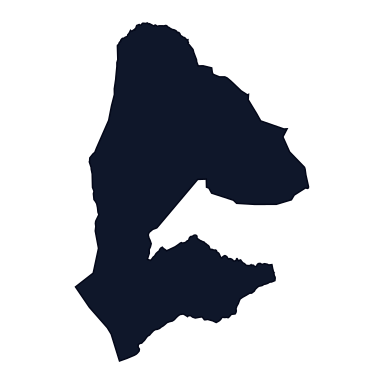 the district of Santiago Laxopa, Oaxaca, Mexico
{"feature_id": "50627088B77723343468711", "entity_name": "Santiago Laxopa", "entity_type": "district", "adm_level": 2, "iso_a3": "MEX", "parent_name": "Mexico", "parent_adm1": "Oaxaca", "projection": "natural_earth1", "projection_center": [-96.318, 17.198], "detail": "fine", "context": "isolated", "style": "filled", "palette": "ink", "viewbox_px": 384, "rotation_deg": 0, "n_neighbors": 0, "source": "geoboundaries", "source_scale": "gbopen_adm2", "svg_char_len": 5352}
<svg xmlns="http://www.w3.org/2000/svg" viewBox="0 0 384 384"><path d="M308.4,187.9L308.5,186.6L305.9,175.0L305.3,170.7L305.1,169.2L304.5,167.3L289.6,151.9L282.9,136.9L287.1,128.8L283.9,129.0L260.7,120.9L256.6,113.6L248.1,99.6L248.3,98.2L248.3,97.8L248.5,94.4L247.4,94.9L241.2,90.9L231.0,81.2L227.2,78.0L224.9,76.9L219.5,76.9L213.1,74.3L212.3,72.4L211.7,67.9L203.1,65.8L198.2,65.9L196.7,61.8L196.5,59.7L193.8,52.6L193.0,49.5L189.4,45.0L188.7,44.2L188.1,43.8L187.9,43.1L188.4,42.6L187.8,41.1L187.9,40.1L187.6,40.3L187.1,39.6L185.8,39.1L185.2,38.1L184.3,37.5L183.0,37.2L182.4,36.6L180.6,35.5L179.7,33.4L178.7,32.4L177.4,32.6L176.8,31.5L175.8,30.6L174.3,29.9L174.0,29.8L171.8,29.3L170.6,28.5L170.3,28.6L169.1,27.5L168.4,27.4L167.6,26.6L167.0,26.0L166.6,25.7L166.0,25.5L165.6,25.5L165.1,25.6L163.8,25.9L163.1,25.9L162.5,25.8L160.9,25.8L159.3,25.8L158.7,25.9L157.8,26.3L157.4,26.3L155.4,25.0L155.0,25.0L154.4,25.9L153.5,25.8L149.5,23.7L148.8,24.0L147.9,23.5L147.6,23.0L146.3,23.2L145.8,23.5L143.4,23.2L142.9,23.4L142.5,23.3L141.7,24.2L141.4,24.8L141.1,25.1L140.8,25.1L140.0,25.3L139.8,24.8L139.2,24.5L136.7,25.5L136.3,26.6L136.1,27.2L135.9,28.0L134.7,29.2L134.7,30.0L133.6,29.9L132.2,31.1L131.5,31.0L130.8,30.7L130.5,30.4L129.5,32.5L128.6,33.9L127.8,34.7L127.6,35.8L127.3,36.4L126.6,36.7L125.1,37.3L124.1,38.2L122.7,38.3L122.1,38.6L120.7,40.3L120.7,41.2L119.7,42.1L119.1,43.0L118.8,44.1L118.1,44.9L117.5,45.3L117.4,46.0L117.8,59.7L116.9,62.6L116.9,66.4L116.0,75.7L115.7,79.4L114.3,88.8L114.4,94.5L111.5,105.9L108.7,120.3L96.5,148.1L94.8,152.4L93.0,153.9L89.8,157.9L89.6,161.2L89.3,161.8L91.2,167.6L91.2,169.0L92.2,174.0L92.5,187.4L94.0,191.2L93.4,193.7L94.0,199.6L95.4,201.4L96.7,203.7L97.5,207.6L98.0,212.3L98.9,214.6L95.7,221.2L95.4,223.5L95.8,226.4L95.3,230.7L95.3,230.9L95.3,231.1L98.5,248.3L93.2,273.1L75.5,286.9L89.4,307.3L107.3,327.7L111.2,334.1L119.5,361.0L126.8,358.4L134.6,355.1L136.3,354.1L137.5,353.0L139.1,351.1L139.4,349.1L138.1,347.0L138.3,344.5L140.1,343.4L141.7,343.1L143.2,341.5L144.4,340.4L146.3,337.7L147.5,336.2L149.6,335.0L151.1,333.2L153.5,330.7L155.3,329.6L157.4,329.3L159.6,328.4L160.8,327.4L161.4,326.9L161.8,326.7L163.3,325.8L165.0,324.4L167.0,322.6L169.4,321.7L172.4,321.0L174.3,319.7L176.5,317.3L178.5,315.5L180.1,314.5L181.6,314.3L183.2,314.0L185.1,315.0L187.6,316.6L188.3,315.7L190.6,315.6L192.6,317.1L195.3,318.0L199.6,317.2L201.9,316.9L202.6,317.4L204.4,319.8L205.4,319.8L207.7,319.4L211.1,320.4L212.7,320.8L216.2,322.5L217.7,321.7L219.5,320.6L220.7,319.4L221.6,317.9L222.5,317.3L224.8,317.5L226.8,317.3L228.1,317.7L229.4,316.7L230.6,315.1L231.6,314.3L233.6,314.1L235.1,313.9L235.9,312.6L236.3,310.9L236.0,308.6L236.9,306.0L238.3,303.6L239.1,301.3L240.1,299.0L242.5,297.3L246.1,295.3L249.6,293.2L251.7,293.1L254.3,291.1L255.3,289.3L257.6,287.1L258.9,286.2L260.6,285.9L262.2,285.5L263.9,284.4L265.8,284.0L267.8,283.3L269.7,282.1L271.5,282.0L273.0,281.4L274.9,280.6L275.2,278.0L275.0,276.9L274.4,275.9L274.2,274.9L273.7,273.6L274.2,272.9L273.9,272.6L273.2,270.9L273.0,269.8L272.6,268.4L272.4,267.2L271.9,264.6L268.6,265.0L267.5,264.3L266.7,264.1L265.7,263.9L264.5,263.7L264.3,263.7L263.5,264.0L262.5,264.4L261.2,264.1L260.5,263.5L259.9,263.4L258.3,263.6L257.3,264.5L256.9,265.3L256.6,266.2L256.1,266.5L254.7,266.5L254.3,266.3L253.7,265.4L253.3,265.2L252.5,265.1L251.8,265.6L251.1,264.7L250.3,265.4L248.8,265.6L247.6,265.5L246.6,265.4L245.7,265.0L245.0,264.1L244.1,263.4L243.3,263.1L242.6,262.5L241.3,261.0L240.8,260.1L240.4,259.9L238.9,260.6L238.5,260.8L237.9,260.0L237.1,258.6L236.8,258.6L236.4,259.2L236.3,259.8L236.0,260.5L234.7,261.0L233.6,261.0L233.2,260.7L232.9,260.1L232.4,259.7L231.6,259.1L230.2,258.6L229.4,258.6L228.6,259.0L228.3,258.9L227.7,258.1L227.0,256.9L226.6,256.5L225.5,255.8L224.9,255.6L224.3,255.8L223.6,256.2L222.8,256.8L221.9,258.0L221.4,257.9L220.9,257.4L220.0,255.9L219.5,254.7L218.9,253.4L217.8,252.5L216.9,252.0L216.5,251.6L216.6,251.0L216.3,250.5L215.6,250.0L215.0,250.1L214.2,250.1L213.2,249.9L212.5,249.5L211.6,249.3L211.0,249.6L210.5,249.4L209.9,248.8L209.4,247.5L209.0,246.4L208.4,245.6L207.6,245.1L206.9,244.6L205.8,243.6L204.9,243.1L204.5,242.6L204.1,242.1L203.6,241.9L203.0,241.8L202.1,241.4L201.5,241.0L201.1,240.9L200.2,240.5L199.5,240.1L198.8,239.5L198.2,239.3L197.7,238.7L197.1,238.1L197.0,237.7L196.9,236.9L197.0,236.5L196.8,235.9L196.3,235.4L195.8,235.2L195.0,235.0L194.4,235.2L193.6,235.4L193.2,235.8L192.5,236.2L191.9,236.7L191.3,236.4L190.8,236.5L190.5,236.8L189.8,237.3L189.5,237.8L189.2,238.4L189.0,239.3L188.5,240.4L187.9,240.6L187.2,240.8L186.6,241.5L185.0,242.7L184.1,242.7L182.9,243.3L182.3,243.0L181.4,242.6L180.3,243.1L178.6,244.4L176.6,245.8L175.1,246.8L172.8,247.9L170.2,249.1L169.6,249.4L169.2,249.7L168.5,249.9L166.6,250.8L166.5,250.7L166.1,250.4L165.0,249.5L163.9,248.8L163.2,248.2L162.3,247.2L161.8,247.5L161.0,247.9L160.3,248.6L159.8,249.4L159.4,250.2L159.0,251.1L157.7,252.0L156.1,253.5L154.6,256.0L153.2,257.1L151.7,259.2L150.5,260.4L147.4,259.3L148.6,255.3L149.3,253.3L149.2,249.5L150.4,246.9L151.2,243.7L150.0,240.2L149.0,238.1L148.2,234.9L149.1,232.4L150.6,231.2L151.6,230.3L152.9,229.3L154.6,228.7L156.0,228.2L156.9,227.8L161.8,222.0L197.7,179.4L206.3,179.1L206.5,187.2L208.9,188.1L211.6,193.1L233.4,200.2L236.6,203.3L255.0,204.4L276.4,204.3L291.4,199.8L294.2,195.1L305.5,187.9L307.5,188.4L308.4,187.9Z" fill="#0f172a" stroke="#020617" stroke-width="1.5"/></svg>